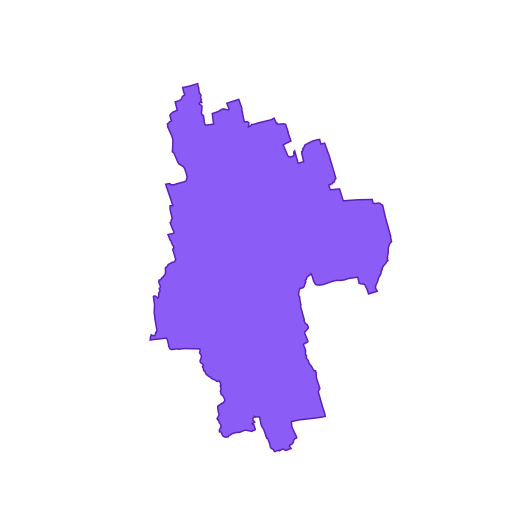 Kota Blitar, Jawa Timur, Indonesia (Robinson projection), rotated 148°
{"feature_id": "22746128B15123001204790", "entity_name": "Kota Blitar", "entity_type": "district", "adm_level": 2, "iso_a3": "IDN", "parent_name": "Indonesia", "parent_adm1": "Jawa Timur", "projection": "robinson", "projection_center": [112.17, -8.096], "detail": "fine", "context": "isolated", "style": "filled", "palette": "violet", "viewbox_px": 512, "rotation_deg": 148, "n_neighbors": 0, "source": "geoboundaries", "source_scale": "gbopen_adm2", "svg_char_len": 6120}
<svg xmlns="http://www.w3.org/2000/svg" viewBox="0 0 512 512"><g transform="rotate(148 256 256)"><path d="M328.2,74.2L328.4,77.4L328.2,77.6L327.0,77.7L325.6,77.3L324.9,77.5L322.9,78.3L321.9,79.7L321.1,80.1L319.9,80.4L318.0,80.2L317.5,80.8L316.3,91.0L315.8,92.8L313.8,96.8L305.5,93.9L304.1,93.1L290.8,86.8L285.3,84.4L282.2,83.3L280.9,86.9L279.9,91.3L275.2,107.7L274.8,108.2L272.1,109.7L269.3,120.7L266.9,125.1L266.3,127.1L267.1,127.6L267.5,128.2L267.6,129.5L267.4,133.3L267.7,135.1L267.7,137.6L267.2,139.0L267.1,140.6L267.5,142.6L267.0,143.8L266.0,144.4L265.9,145.0L266.4,146.0L266.2,146.5L264.1,149.3L263.6,150.9L262.9,155.4L262.8,155.7L262.1,156.0L257.9,155.7L257.3,156.0L257.0,156.7L255.6,164.9L255.2,165.5L249.7,167.2L249.3,167.9L249.0,170.9L249.6,171.7L249.9,172.9L249.6,175.6L249.1,176.0L248.7,176.8L245.1,189.1L244.4,190.2L243.7,190.8L243.3,192.4L241.9,195.9L240.6,198.2L240.8,199.7L240.7,200.3L240.2,200.6L239.5,201.9L238.2,203.4L236.6,204.8L235.6,205.2L234.4,204.5L232.8,204.2L231.4,204.6L228.6,207.0L227.9,207.2L227.3,208.2L227.4,208.6L226.8,209.3L225.9,209.4L223.6,211.3L222.4,211.2L221.1,211.5L220.3,211.2L218.8,211.9L218.8,210.5L219.2,208.4L220.4,204.4L220.6,201.3L220.4,200.1L220.0,199.5L217.5,197.6L214.2,196.2L204.0,193.9L200.7,192.7L197.1,190.4L194.0,189.0L189.7,188.0L181.1,184.2L180.9,184.0L181.4,183.0L183.0,178.2L181.7,176.7L179.3,174.9L179.0,174.1L179.0,173.3L179.7,167.7L180.7,164.2L171.9,161.8L171.6,163.0L171.8,164.9L171.1,166.4L169.2,168.2L166.1,170.1L164.1,172.1L162.7,173.0L159.5,174.7L157.8,176.9L156.1,177.6L155.7,178.5L154.6,179.2L153.5,179.9L149.7,181.1L148.2,182.1L147.0,182.0L146.4,182.4L146.1,184.3L145.3,184.7L145.1,185.6L141.8,189.1L140.1,191.9L139.0,193.3L136.1,195.5L133.3,196.5L132.3,199.7L131.4,201.2L125.6,220.8L122.1,230.7L121.7,232.1L122.4,233.1L122.9,234.9L123.9,235.9L127.1,237.3L128.8,239.0L127.4,242.3L139.8,249.7L152.8,256.6L149.6,268.6L157.9,272.8L156.9,277.2L156.1,277.7L155.1,277.0L154.0,277.3L152.9,276.8L152.1,277.6L150.2,277.4L148.6,279.1L147.2,279.3L141.1,301.2L138.0,315.3L141.6,316.5L140.3,321.2L142.7,322.2L146.4,323.3L148.7,323.7L155.5,324.3L158.2,322.5L159.6,322.3L159.7,321.1L160.1,320.7L162.0,320.3L162.8,318.9L165.6,310.7L171.1,312.3L167.5,324.7L168.5,324.4L169.1,323.8L170.2,321.6L171.0,321.0L174.1,321.5L175.8,323.2L175.8,324.7L174.1,335.9L165.4,335.0L163.9,341.7L163.3,344.1L163.0,344.1L161.1,352.1L162.0,352.8L162.4,353.4L168.1,356.4L167.7,357.8L168.3,358.1L167.6,363.4L170.7,363.4L183.6,367.7L189.0,369.1L190.0,369.9L191.6,369.1L194.0,369.5L191.9,372.1L191.5,373.0L192.3,374.7L194.8,375.9L192.8,381.7L190.6,387.2L189.6,389.1L187.6,398.0L199.8,401.0L201.0,394.9L201.3,394.6L202.0,394.6L202.5,394.8L204.2,396.7L205.0,397.1L205.3,397.8L206.3,398.3L209.1,398.7L210.1,398.3L214.6,399.2L217.6,400.0L222.1,390.3L229.5,393.7L229.4,395.4L228.9,396.7L228.9,397.5L228.6,398.1L227.9,398.6L227.7,399.6L226.1,403.0L226.7,404.0L226.8,405.5L226.4,406.3L222.7,411.1L222.4,412.0L222.6,413.0L223.5,414.4L223.7,415.1L222.9,416.0L222.4,415.9L220.7,414.8L220.5,415.0L220.4,415.4L220.6,417.0L219.4,417.6L219.1,419.8L217.4,421.6L217.3,422.4L217.7,424.0L216.7,426.7L215.4,429.1L214.9,431.6L214.1,433.1L221.9,435.2L226.1,436.6L228.9,437.8L230.4,433.5L231.0,430.4L234.0,430.3L234.7,429.5L236.6,428.4L239.1,428.5L242.8,429.6L245.6,421.3L249.5,422.0L250.7,422.0L254.0,421.4L254.6,420.7L254.9,419.8L255.7,417.1L255.9,415.3L258.2,415.6L259.3,415.1L261.1,415.0L262.5,412.0L263.8,402.4L264.3,400.3L265.4,397.7L270.2,390.7L271.4,389.3L271.8,388.5L271.0,387.5L271.1,386.2L272.5,377.5L272.6,374.9L270.5,370.8L270.2,369.2L270.3,367.6L271.7,361.7L273.0,358.8L275.5,356.7L278.0,357.1L284.7,359.2L288.1,360.0L290.7,361.8L290.6,362.9L291.8,363.7L294.6,364.7L299.8,342.9L302.4,344.1L304.3,340.8L306.0,335.9L307.1,332.2L308.7,331.5L309.8,330.0L311.1,329.9L312.6,322.6L312.7,320.6L313.0,319.5L313.4,319.1L314.9,319.2L319.3,320.8L320.4,314.8L320.1,313.4L320.7,311.7L320.6,310.7L320.9,310.0L321.0,309.4L320.7,308.7L321.0,306.9L321.8,306.1L322.8,306.0L323.6,304.7L323.7,303.4L326.0,295.4L328.8,294.2L331.2,295.4L332.2,295.0L334.8,295.4L337.0,294.1L339.1,294.1L341.2,290.3L342.9,288.5L345.4,287.8L346.0,287.3L347.2,287.5L349.3,286.4L351.1,286.9L352.2,285.6L353.3,280.6L353.7,280.0L355.2,279.8L356.1,276.9L356.6,276.6L357.7,276.5L358.2,276.1L359.1,274.6L360.7,272.6L361.8,272.5L362.4,275.2L363.6,276.1L364.5,276.0L368.1,268.0L372.1,262.4L375.7,254.7L379.5,245.2L380.8,244.3L381.5,244.4L382.3,243.3L384.1,242.0L385.6,243.1L386.6,244.7L388.8,242.8L390.3,240.7L388.6,240.1L375.8,234.0L375.5,233.6L375.4,232.8L375.9,231.0L377.1,227.2L377.9,225.7L378.1,223.7L378.0,222.4L377.3,221.4L372.5,219.3L371.0,217.9L365.9,215.5L353.1,207.1L353.2,206.1L353.7,205.0L354.9,204.3L355.2,203.3L355.1,200.8L355.2,200.2L356.9,198.3L359.1,196.7L359.5,195.3L359.3,194.4L358.5,192.5L358.6,190.7L359.9,190.7L360.2,189.8L360.2,188.8L361.1,186.4L360.4,185.7L360.8,183.8L360.9,181.8L359.6,178.5L358.8,177.4L358.8,176.2L357.7,174.0L356.6,173.1L355.9,171.0L355.4,170.2L353.4,169.6L353.5,167.3L354.3,164.7L355.0,164.9L355.8,162.5L356.3,161.6L357.9,160.2L358.1,159.4L358.9,156.8L358.0,155.1L358.0,154.7L358.3,153.5L358.4,151.8L358.9,150.0L361.6,148.8L362.4,149.1L366.7,149.1L367.9,148.9L368.5,148.3L370.4,144.3L370.9,142.7L370.9,141.4L373.5,139.6L375.2,138.8L375.2,137.2L374.7,137.2L374.5,136.8L375.5,134.3L375.3,131.9L375.9,129.7L376.2,129.4L376.6,129.5L379.1,128.0L379.9,126.9L380.2,126.1L378.8,125.3L379.5,121.7L379.1,120.1L378.5,119.1L377.6,118.3L375.7,117.7L375.6,117.4L374.5,117.9L370.0,117.9L365.8,116.6L364.3,115.6L362.3,114.9L360.0,114.7L357.0,113.8L352.3,109.3L351.2,109.7L350.0,109.1L348.9,109.1L348.5,109.2L348.3,109.6L348.3,110.6L347.8,111.6L347.7,112.8L347.2,114.0L348.1,115.3L348.0,116.0L345.9,115.6L345.1,115.8L345.1,116.3L345.6,118.0L345.2,119.4L344.5,120.0L342.8,120.3L342.4,120.9L341.8,119.6L340.6,119.3L338.3,117.5L340.9,110.9L341.1,109.7L341.4,108.3L341.3,105.0L343.5,95.7L342.8,95.5L342.7,95.0L344.1,88.8L345.1,86.3L345.1,84.9L344.1,83.3L343.9,82.5L344.0,80.5L343.4,80.1L341.5,79.8L340.3,79.2L339.4,79.3L339.4,78.4L335.4,78.1L333.8,75.3L328.2,74.2Z" fill="#8b5cf6" stroke="#5b21b6" stroke-width="1.5"/></g></svg>